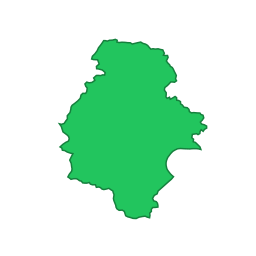 the district of Salesópolis, São Paulo, Brazil, rotated 229°
{"feature_id": "56859067B19301542712109", "entity_name": "Salesópolis", "entity_type": "district", "adm_level": 2, "iso_a3": "BRA", "parent_name": "Brazil", "parent_adm1": "São Paulo", "projection": "equal_earth", "projection_center": [-45.846, -23.578], "detail": "fine", "context": "isolated", "style": "filled", "palette": "green", "viewbox_px": 256, "rotation_deg": 229, "n_neighbors": 0, "source": "geoboundaries", "source_scale": "gbopen_adm2", "svg_char_len": 3046}
<svg xmlns="http://www.w3.org/2000/svg" viewBox="0 0 256 256"><g transform="rotate(229 128 128)"><path d="M155.0,204.6L156.8,205.4L158.1,203.8L159.7,202.5L160.6,204.5L162.3,204.9L164.1,205.5L166.0,204.0L168.0,202.7L169.7,200.3L171.4,198.9L172.5,197.0L174.9,196.9L177.5,197.0L179.7,196.3L182.2,194.7L184.5,194.0L186.0,191.3L187.2,189.0L188.6,186.3L190.9,185.6L192.6,183.7L194.2,182.3L196.7,179.7L198.3,177.4L200.1,176.0L201.3,177.4L203.2,176.6L204.6,173.8L206.3,171.7L207.2,169.3L208.6,168.4L209.9,167.0L209.3,165.0L208.6,162.1L207.9,158.4L206.5,155.3L205.7,151.7L205.5,148.2L203.9,145.8L202.3,146.8L199.4,149.8L195.2,148.2L195.2,144.6L193.3,143.2L192.0,144.4L188.7,146.6L187.0,146.9L184.8,147.1L183.3,145.1L184.7,143.8L185.5,141.7L186.9,140.4L188.4,138.6L188.3,134.9L185.7,134.3L186.0,130.8L187.6,128.3L189.7,127.0L189.5,124.4L187.2,123.5L184.9,123.4L182.6,120.8L181.9,118.7L183.8,116.7L183.7,114.2L181.7,111.4L181.4,107.8L181.5,104.4L181.8,100.7L181.1,98.7L179.7,97.2L177.7,94.4L177.1,90.2L174.6,88.2L174.1,85.5L173.3,82.9L174.4,80.2L176.1,79.0L172.8,78.6L170.5,77.6L167.7,76.4L164.5,77.1L162.0,77.6L160.3,77.5L158.3,76.5L157.2,74.3L158.0,71.6L158.4,68.1L158.3,64.3L156.3,64.9L154.3,63.9L152.4,65.5L150.1,66.2L148.6,67.0L146.6,68.2L144.8,69.6L143.4,66.2L142.0,63.0L138.5,61.9L135.8,60.1L133.9,59.0L132.4,57.2L131.6,53.3L130.5,50.5L128.7,51.0L126.7,51.3L125.3,53.8L123.6,55.8L121.8,56.5L120.1,56.8L118.5,57.9L116.3,57.8L114.9,59.1L113.4,60.8L112.2,63.1L110.4,62.8L108.6,63.8L106.5,66.2L104.0,65.2L102.7,67.2L101.1,68.1L99.0,68.3L97.4,69.4L96.3,71.3L95.0,74.0L92.5,74.6L90.5,75.3L88.8,74.4L86.8,73.7L84.3,70.7L82.4,69.7L80.4,69.0L77.8,68.1L76.0,67.0L74.2,66.6L71.7,67.3L69.8,69.8L67.5,70.5L65.6,69.7L63.3,68.7L61.2,69.5L59.0,71.0L56.5,72.5L54.3,74.8L53.5,77.8L51.8,80.7L50.2,83.1L48.2,84.0L46.1,85.4L47.7,87.3L49.5,88.5L49.7,90.9L51.3,92.2L51.8,94.4L50.0,96.7L48.7,98.7L50.1,99.9L52.0,100.9L53.9,101.0L56.2,99.6L58.8,100.4L59.9,103.7L59.2,106.8L60.7,109.3L60.9,124.3L60.9,127.1L61.4,130.4L63.1,130.1L65.5,129.9L67.3,130.0L70.1,130.2L72.0,130.7L74.9,132.3L76.8,133.9L78.2,135.7L79.7,138.6L80.7,143.2L81.0,146.4L80.6,148.9L79.8,151.8L78.1,154.2L76.8,155.5L75.5,156.8L71.6,161.0L70.5,162.6L68.9,164.5L67.3,166.3L65.9,167.6L64.0,168.9L66.5,169.9L69.7,169.7L72.9,169.4L74.9,168.2L76.5,170.1L78.8,169.8L81.0,172.4L79.9,174.1L78.7,176.0L77.1,176.5L76.7,178.6L78.1,180.1L78.7,182.1L76.2,182.5L76.8,184.8L76.3,187.3L77.9,188.6L80.4,187.7L82.8,186.1L85.0,186.5L85.2,189.2L85.9,191.8L88.4,193.0L90.5,191.9L92.1,192.1L94.0,190.1L96.6,187.6L97.8,185.8L100.1,185.1L102.1,186.2L104.5,186.0L106.9,183.9L109.7,184.1L111.7,183.5L113.5,184.9L115.5,184.3L117.0,183.0L119.1,184.6L120.9,184.2L121.4,181.2L122.0,178.7L124.0,179.5L124.7,177.0L126.7,177.1L128.0,178.6L129.6,180.0L132.7,180.3L134.4,182.3L134.2,185.5L134.4,188.1L134.7,190.4L133.3,192.0L132.0,193.2L131.8,195.6L133.9,196.1L135.9,198.9L138.0,199.5L140.1,200.0L142.7,200.8L144.6,201.1L146.8,200.4L148.5,200.9L150.6,200.7L153.4,200.9L155.0,204.6Z" fill="#22c55e" stroke="#15803d" stroke-width="1.5"/></g></svg>